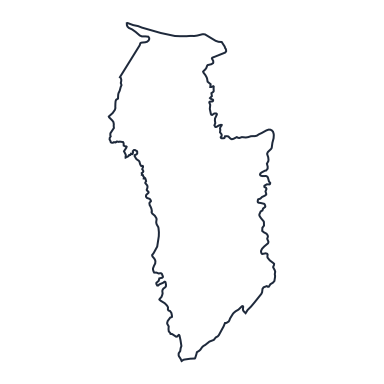 the district of San Francisco, Atlántida, Honduras
{"feature_id": "27666195B12880656557631", "entity_name": "San Francisco", "entity_type": "district", "adm_level": 2, "iso_a3": "HND", "parent_name": "Honduras", "parent_adm1": "Atlántida", "projection": "robinson", "projection_center": [-87.027, 15.648], "detail": "fine", "context": "isolated", "style": "outline", "palette": "slate", "viewbox_px": 384, "rotation_deg": 0, "n_neighbors": 0, "source": "geoboundaries", "source_scale": "gbopen_adm2", "svg_char_len": 6041}
<svg xmlns="http://www.w3.org/2000/svg" viewBox="0 0 384 384"><path d="M181.6,361.0L183.4,359.8L184.8,359.5L190.4,358.7L194.8,358.5L195.2,358.0L196.4,354.2L196.9,352.2L199.0,350.9L200.3,349.8L202.1,347.2L203.4,346.0L205.3,344.9L209.4,341.6L213.8,339.9L215.8,337.4L217.7,336.4L218.8,335.2L223.6,326.4L225.0,323.0L226.1,323.0L226.8,322.7L228.7,321.5L229.3,320.5L230.1,318.4L232.8,314.0L233.6,313.0L235.6,311.3L238.5,309.6L241.9,306.3L242.5,306.1L243.0,306.3L243.2,306.8L242.9,309.2L243.1,310.3L243.7,311.3L245.6,313.2L247.6,310.0L251.0,306.6L254.6,302.3L261.4,293.8L262.1,292.2L262.5,288.9L263.6,287.3L266.8,286.1L267.9,286.8L268.8,286.7L270.4,284.2L272.9,282.7L274.4,281.0L275.0,277.2L275.1,276.0L274.8,274.2L275.2,271.7L274.7,270.1L273.2,267.4L273.2,266.8L274.0,265.0L274.1,263.8L273.5,263.2L269.8,260.4L267.6,257.7L267.4,256.9L267.6,254.5L267.2,253.8L265.7,253.3L262.2,254.0L261.5,253.3L261.0,251.8L261.1,250.7L262.1,248.7L264.3,246.4L268.0,243.3L268.3,242.6L268.4,241.7L267.2,238.8L267.9,236.7L267.8,235.8L267.4,234.9L266.5,233.7L263.7,232.2L262.2,230.9L262.4,227.7L264.0,225.6L263.9,222.0L263.7,221.4L261.1,218.3L259.8,216.4L259.3,215.1L259.4,214.3L260.7,211.4L262.4,210.5L263.1,208.5L265.1,207.0L265.3,206.5L265.1,205.4L264.7,204.4L264.1,203.8L260.7,203.0L258.5,202.7L257.9,202.3L257.7,201.6L257.9,199.9L258.2,199.3L260.4,198.6L262.0,197.0L264.8,195.7L266.2,194.6L266.2,193.8L265.5,191.4L266.4,189.2L266.4,188.6L265.9,187.7L264.5,187.1L264.3,186.4L264.4,185.8L265.1,185.3L266.9,184.3L269.5,184.4L269.9,184.1L270.1,183.6L270.2,182.9L269.0,181.5L268.0,177.9L267.4,176.7L266.0,176.0L262.7,176.1L261.1,175.8L260.3,175.3L260.0,174.3L260.5,173.3L261.7,172.4L264.9,170.7L266.1,170.5L267.6,168.7L267.7,166.7L266.9,163.7L268.3,161.2L268.5,159.7L268.2,157.2L267.2,154.3L267.2,153.5L267.9,152.0L271.1,148.9L271.7,147.9L272.4,142.8L273.6,138.2L273.8,135.0L273.6,133.6L273.0,131.7L271.8,130.4L270.4,129.7L268.7,129.6L266.4,130.4L261.7,133.0L258.9,134.3L256.8,135.7L255.0,136.1L251.0,136.2L248.2,137.1L245.8,137.5L241.9,137.1L239.3,138.0L238.1,137.8L236.8,137.1L233.5,138.8L231.9,139.2L231.3,139.1L230.0,138.2L228.4,136.5L226.9,136.2L225.0,136.3L224.5,137.9L224.0,138.2L221.9,138.3L221.2,138.1L220.9,137.7L220.7,137.2L221.6,136.0L221.7,135.0L221.4,134.1L220.0,132.3L220.3,129.9L220.0,128.4L220.6,126.7L221.6,125.5L221.7,125.0L221.0,124.8L218.9,125.4L216.5,126.9L215.4,127.0L214.4,125.3L215.3,123.1L214.9,120.5L215.0,118.5L216.8,114.7L216.9,114.1L216.3,113.5L214.9,113.4L213.9,113.7L212.3,114.9L211.4,114.8L210.9,114.0L209.8,108.9L210.2,105.3L210.1,104.4L209.3,102.7L209.4,102.0L209.7,101.7L212.5,101.4L212.9,101.1L213.1,100.6L213.1,100.0L212.8,99.6L210.6,98.7L210.0,98.1L211.9,96.1L211.4,93.2L213.3,91.8L213.7,91.1L213.6,88.3L213.7,86.5L213.3,86.2L211.3,87.0L210.3,87.0L210.6,84.2L207.6,81.7L207.1,78.7L206.7,77.5L205.4,75.1L203.6,72.8L203.1,71.7L203.5,71.1L205.3,69.4L206.3,68.0L207.2,65.6L207.6,65.1L211.4,64.2L213.1,63.1L213.3,62.3L213.2,60.9L211.9,58.6L212.0,58.1L212.3,57.7L225.1,52.6L226.1,51.4L226.1,50.2L225.8,49.0L225.1,48.0L224.7,46.6L221.7,42.0L218.5,41.8L215.6,40.8L205.0,34.4L203.1,34.2L202.2,34.3L197.1,35.6L194.2,36.0L190.5,35.9L186.6,36.2L180.1,36.2L174.9,36.0L160.8,33.0L141.9,27.6L138.1,26.1L133.2,25.1L127.5,23.0L126.8,23.2L126.9,25.2L127.5,26.6L128.8,27.9L132.1,29.4L135.6,31.9L139.8,35.5L140.7,35.9L141.9,36.4L145.5,36.4L148.3,36.7L149.2,38.1L149.2,39.1L148.6,40.5L147.0,41.8L145.1,42.3L141.7,42.6L140.8,42.9L140.3,43.3L139.7,45.3L119.9,77.2L120.7,77.8L121.3,79.8L121.2,81.2L120.8,83.0L121.5,85.1L120.7,87.0L119.7,90.7L118.5,93.2L118.2,94.6L118.0,98.6L116.2,99.7L115.6,101.1L115.4,103.4L115.3,107.1L115.4,108.0L114.9,109.8L112.7,113.0L108.8,116.5L109.1,117.3L112.3,120.5L113.4,122.0L113.8,124.1L113.7,125.9L113.9,128.0L110.4,133.3L110.3,135.3L110.7,136.3L109.7,138.0L109.6,139.5L110.4,140.9L110.8,142.3L112.0,142.8L113.1,142.7L114.0,142.1L115.2,142.5L115.9,142.0L116.3,142.1L116.9,141.5L118.8,141.9L119.8,141.6L123.1,142.1L123.6,143.2L123.7,145.6L125.3,146.4L126.2,146.4L126.6,146.7L126.3,147.8L124.8,150.0L124.0,151.3L125.7,154.6L125.8,156.2L125.5,156.9L125.6,157.6L128.4,156.2L129.2,155.0L130.2,155.0L131.0,153.6L131.4,153.7L132.0,154.2L132.5,154.1L133.0,152.6L132.8,151.2L133.8,150.1L134.9,150.0L137.0,151.2L137.2,151.7L137.2,153.5L136.5,154.4L134.9,155.0L134.6,155.6L134.6,156.1L135.7,158.0L136.5,159.2L138.7,160.7L139.4,161.5L140.1,164.1L140.9,165.7L141.4,166.0L142.7,165.9L143.0,166.3L143.0,167.1L142.2,169.2L143.1,170.5L143.3,171.5L142.9,172.2L141.7,173.1L142.0,174.6L141.9,174.9L143.0,175.2L143.2,176.2L144.0,177.2L143.7,178.5L144.2,178.6L145.2,178.3L145.6,179.3L146.1,181.2L145.3,182.6L145.3,183.1L147.2,185.4L147.5,186.4L147.4,187.8L146.7,189.9L147.1,190.6L148.2,191.5L148.6,192.2L148.4,192.9L146.3,194.8L146.0,195.7L146.0,196.7L146.9,197.9L149.7,198.9L150.8,200.4L150.9,201.3L149.6,202.6L149.4,203.2L149.7,205.2L150.5,206.5L151.4,208.7L151.9,211.2L151.6,211.7L151.6,212.4L152.3,213.6L154.8,215.7L156.3,218.1L156.6,219.1L156.2,222.2L156.4,223.4L156.7,224.4L158.3,227.2L158.5,228.2L158.9,232.2L158.8,236.2L157.2,246.6L153.7,253.0L152.1,255.1L152.5,256.5L154.3,258.6L155.1,260.1L155.4,261.2L155.2,263.5L154.0,265.8L153.0,268.4L153.0,269.6L153.6,271.6L154.2,272.6L156.5,272.6L158.7,273.5L160.3,273.2L161.1,273.3L161.8,273.8L162.9,276.4L162.9,277.0L162.3,277.7L159.3,278.4L158.7,280.8L156.4,282.8L156.3,283.8L157.2,285.5L158.0,285.6L159.5,284.3L163.1,282.8L164.5,281.7L165.1,281.8L165.5,282.2L166.0,284.8L165.9,286.3L165.3,287.2L163.4,288.6L162.7,289.6L162.3,291.0L162.6,293.4L162.3,294.7L161.5,296.9L159.6,299.0L159.4,299.6L160.6,300.7L164.7,303.2L166.0,304.5L167.1,305.7L168.0,307.3L167.9,309.5L168.2,310.1L168.5,310.5L170.1,311.1L171.4,313.0L171.9,315.4L172.0,316.8L171.7,317.1L170.2,317.6L167.7,321.0L167.2,322.8L167.2,323.7L168.7,326.4L168.5,329.1L168.8,331.4L170.3,333.1L170.5,333.9L172.2,334.1L176.1,336.7L176.9,336.7L178.8,334.9L179.1,335.0L179.5,335.6L180.5,340.2L181.4,346.0L180.7,348.0L180.2,351.1L178.7,353.3L178.6,355.1L178.9,356.2L180.6,358.8L181.6,361.0Z" fill="none" stroke="#1e293b" stroke-width="2"/></svg>